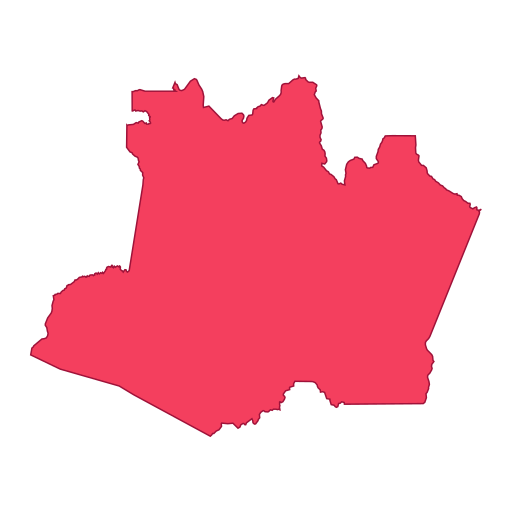 outline of Amazonas
{"feature_id": "BRA-592", "entity_name": "Amazonas", "entity_type": "State", "adm_level": 1, "iso_a3": "BRA", "parent_name": "Brazil", "parent_adm1": "", "projection": "natural_earth1", "projection_center": [-64.603, -3.801], "detail": "fine", "context": "isolated", "style": "filled", "palette": "rose", "viewbox_px": 512, "rotation_deg": 0, "n_neighbors": 0, "source": "natural_earth", "source_scale": "10m", "svg_char_len": 6008}
<svg xmlns="http://www.w3.org/2000/svg" viewBox="0 0 512 512"><path d="M194.4,78.7L196.3,79.4L196.9,80.2L198.9,84.9L201.7,89.2L202.7,91.5L203.8,96.6L203.2,105.2L203.5,107.5L208.9,106.1L221.0,118.6L222.6,119.9L224.1,120.3L226.1,119.8L228.0,120.7L229.4,119.3L232.2,118.5L234.3,115.8L238.1,113.5L241.9,113.2L243.5,114.8L243.9,116.1L243.5,118.2L242.1,120.5L242.2,121.9L243.3,123.2L244.4,122.9L245.6,122.0L246.6,120.4L247.0,118.2L248.8,115.4L252.0,115.0L252.7,114.0L253.1,110.3L253.8,108.9L256.7,108.5L256.8,107.8L258.1,106.7L259.9,106.2L261.4,104.6L263.2,105.3L264.2,105.3L267.5,102.8L268.9,100.2L272.5,97.6L273.7,97.9L272.9,101.0L273.0,101.7L273.5,102.0L274.0,101.8L275.3,99.4L279.7,95.5L280.7,94.1L281.2,92.3L281.1,90.5L281.7,86.0L282.1,85.0L283.2,84.1L285.1,83.6L288.7,83.6L292.9,79.9L294.4,79.1L295.7,79.2L298.2,78.4L298.9,75.8L300.2,77.5L301.4,78.1L305.0,77.6L305.5,78.1L305.7,79.5L308.1,81.9L309.2,82.3L312.8,82.3L316.6,84.8L316.8,85.8L315.7,88.2L316.2,91.0L315.2,92.0L314.3,94.7L316.1,97.9L318.8,100.8L318.8,101.9L320.4,108.4L321.4,111.0L321.5,113.8L323.1,117.9L323.1,118.5L322.7,119.2L321.0,120.5L320.6,121.3L322.2,127.0L321.9,128.6L320.8,130.0L321.0,132.9L320.0,135.2L320.0,137.3L321.1,139.7L320.6,141.3L319.7,142.0L319.5,142.9L321.3,145.8L322.3,149.2L323.9,150.2L324.8,151.8L325.1,153.5L325.0,156.2L326.4,158.1L326.8,160.7L326.6,161.7L324.7,164.0L321.9,163.3L321.7,165.9L323.6,167.1L326.5,170.7L328.4,171.8L329.5,173.9L331.0,174.4L333.9,176.7L335.1,178.8L336.3,179.7L338.0,183.7L339.0,183.9L340.8,183.1L342.0,184.2L344.9,184.9L344.4,180.9L345.6,176.6L345.5,174.8L346.0,173.4L345.4,169.7L346.7,164.3L348.4,161.8L350.4,160.4L353.9,159.1L354.8,157.3L357.4,157.2L358.9,158.3L362.2,159.1L362.7,160.5L365.4,163.4L366.6,166.2L366.7,167.5L367.2,167.9L369.7,168.2L370.7,167.4L372.7,167.4L373.9,164.8L377.9,163.3L378.3,162.6L378.3,161.6L376.3,158.6L376.3,156.4L378.0,151.7L378.3,149.3L379.7,147.0L380.5,144.1L381.8,142.4L382.7,140.2L382.8,139.0L384.5,137.6L385.0,136.2L385.6,135.9L392.2,135.7L415.3,135.8L415.9,145.0L415.5,147.7L415.8,153.0L416.5,154.1L418.4,155.1L419.0,155.9L418.4,160.3L418.8,162.0L421.6,165.4L423.4,165.4L426.2,167.8L427.1,171.0L427.2,172.8L427.7,173.8L429.9,176.1L431.5,176.4L433.0,178.9L434.6,179.6L435.7,181.3L438.3,182.8L440.3,185.0L442.6,185.9L444.3,187.9L445.6,188.6L446.4,189.8L449.0,190.9L453.1,193.5L454.9,194.1L457.0,193.7L457.3,195.2L458.9,195.2L461.3,196.6L462.2,198.8L463.8,200.6L465.7,201.5L467.8,203.2L469.9,203.3L470.2,204.2L469.7,206.8L470.3,207.6L472.9,208.8L474.5,207.7L476.5,207.0L476.9,207.7L476.8,209.4L477.0,209.9L479.1,210.3L481.3,209.2L479.0,211.3L479.5,212.3L479.3,213.9L429.9,336.4L428.6,338.6L426.3,340.9L425.4,342.5L425.4,344.9L426.6,348.8L427.3,350.1L431.8,354.7L432.6,356.4L433.0,360.4L433.9,361.5L431.8,364.3L431.5,366.4L432.1,368.4L431.6,370.0L429.7,373.3L428.2,374.7L427.6,375.8L427.6,377.6L428.9,381.4L429.4,384.4L428.5,387.4L428.6,388.6L427.1,392.4L426.0,393.6L426.4,397.7L424.8,402.3L423.2,403.6L344.4,404.2L344.2,402.5L341.7,401.8L340.2,403.2L338.6,403.5L337.8,406.6L336.5,407.3L335.4,406.8L334.0,405.2L331.2,404.6L329.9,400.4L329.9,399.2L326.7,398.6L324.6,392.4L322.7,391.7L320.5,392.1L320.2,389.8L318.1,387.8L317.4,386.2L317.2,385.0L315.3,382.7L313.1,381.7L311.2,381.5L294.9,381.3L293.6,383.7L293.7,386.0L289.8,387.2L289.5,387.8L289.7,389.6L285.6,390.8L283.3,394.1L283.4,395.3L284.6,396.4L285.0,397.5L284.4,399.3L282.9,401.7L281.1,402.6L280.0,401.7L279.6,402.0L279.6,404.7L279.9,405.6L279.5,407.1L279.9,409.8L278.5,409.2L277.5,409.6L276.0,409.2L273.4,409.2L272.2,410.3L270.4,409.8L268.5,411.7L267.7,411.9L265.0,411.7L263.7,410.7L263.0,410.7L260.7,412.4L259.4,414.4L259.7,417.8L258.3,419.5L258.0,420.7L255.6,423.9L254.6,424.1L253.4,423.3L252.9,422.3L252.8,420.8L251.9,418.7L246.5,422.8L245.7,424.7L244.9,424.7L243.8,423.5L242.9,423.5L240.7,424.9L240.0,427.0L238.0,428.2L232.9,423.2L227.8,423.7L221.7,423.1L221.3,423.6L221.5,426.4L219.0,429.8L216.3,431.0L213.8,433.5L212.6,433.5L211.7,434.9L210.3,436.2L133.8,394.8L119.2,386.0L60.2,369.1L30.7,354.9L31.9,348.1L33.3,346.9L33.8,345.8L41.9,339.0L44.2,338.7L46.3,337.9L47.6,335.8L48.1,333.2L47.4,331.2L46.8,327.6L45.3,325.3L45.3,323.9L47.7,317.9L51.3,312.9L51.9,311.2L52.3,308.4L52.0,305.6L53.2,301.1L53.9,299.8L53.3,295.7L54.9,295.2L55.0,294.5L57.1,294.1L57.7,293.4L60.4,293.5L61.2,292.0L62.9,290.5L64.2,290.1L64.7,288.8L66.3,288.0L67.0,285.6L68.1,285.2L68.4,284.7L70.5,284.5L74.2,281.7L75.1,279.9L76.0,280.1L77.5,279.3L79.3,277.4L82.1,276.9L82.5,276.2L83.6,276.7L84.7,276.3L85.6,277.0L86.9,276.2L86.8,276.8L88.0,276.2L89.2,276.4L89.7,275.3L90.4,275.0L92.7,274.9L93.3,275.6L94.2,274.9L94.6,275.0L94.8,273.7L95.9,273.1L96.5,273.2L97.2,274.1L98.3,272.7L98.8,273.6L99.4,273.9L100.6,272.7L101.9,273.4L102.5,272.3L103.5,273.4L105.4,270.8L105.9,269.4L106.7,269.0L106.6,268.0L107.0,267.2L108.5,266.5L110.6,267.0L111.8,265.3L112.2,265.4L112.1,266.9L113.4,267.7L113.9,266.3L114.3,266.1L115.2,267.3L117.4,265.9L119.1,266.9L119.6,266.0L119.9,266.2L120.4,267.0L120.3,269.3L121.8,270.8L122.5,270.9L123.2,272.1L124.9,269.7L126.0,269.8L126.5,271.3L127.5,272.1L129.2,270.6L142.9,185.0L143.3,179.5L143.8,177.8L142.6,175.1L142.7,172.6L140.4,170.4L140.3,169.1L139.3,167.9L139.4,166.8L137.9,164.4L139.1,161.8L138.5,160.6L138.1,158.2L137.4,157.2L134.9,156.1L132.6,154.0L132.0,152.7L130.0,151.9L126.6,147.3L126.9,125.0L127.3,125.4L128.4,124.9L133.4,124.4L136.2,122.6L138.2,123.1L138.8,122.0L141.8,120.7L142.8,121.2L144.8,123.4L146.3,123.0L146.5,124.1L148.3,124.2L149.0,123.5L149.9,123.7L150.6,123.1L150.2,121.9L149.2,120.8L149.8,120.0L149.6,117.4L150.2,117.1L150.2,116.7L148.7,115.5L148.9,114.4L146.7,111.6L145.0,110.7L143.3,111.9L141.8,110.9L140.1,111.1L138.1,110.5L135.7,111.0L135.4,110.2L134.5,110.0L132.7,111.0L132.2,110.9L132.1,91.6L133.3,91.6L135.3,90.7L137.4,90.7L139.2,89.7L140.2,89.7L145.1,91.2L175.7,91.2L175.1,90.8L174.9,89.9L173.8,89.7L173.5,88.2L172.7,88.0L175.0,82.4L175.4,83.7L177.1,84.6L179.1,89.5L180.0,90.3L181.8,90.6L184.5,89.3L190.4,81.2L194.4,78.7Z" fill="#f43f5e" stroke="#9f1239" stroke-width="1.5"/></svg>